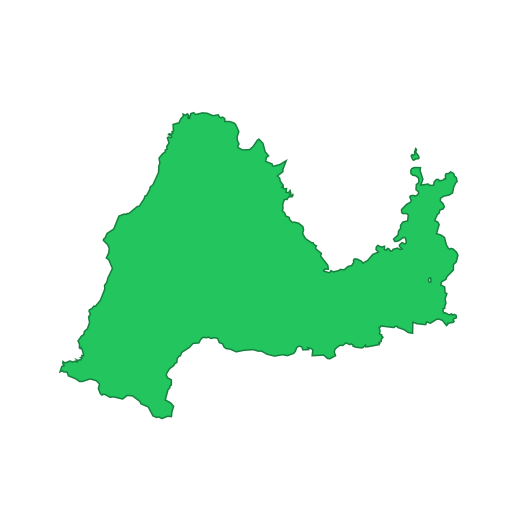 the district of Gowa, Sulawesi Selatan, Indonesia, rotated 173°
{"feature_id": "22746128B57887954309635", "entity_name": "Gowa", "entity_type": "district", "adm_level": 2, "iso_a3": "IDN", "parent_name": "Indonesia", "parent_adm1": "Sulawesi Selatan", "projection": "mercator", "projection_center": [119.648, -5.33], "detail": "fine", "context": "isolated", "style": "filled", "palette": "green", "viewbox_px": 512, "rotation_deg": 173, "n_neighbors": 0, "source": "geoboundaries", "source_scale": "gbopen_adm2", "svg_char_len": 6045}
<svg xmlns="http://www.w3.org/2000/svg" viewBox="0 0 512 512"><g transform="rotate(173 256 256)"><path d="M404.8,272.3L402.6,270.3L400.0,261.1L405.5,252.6L407.5,247.7L409.9,245.4L410.1,241.6L415.8,231.1L421.4,225.7L423.1,226.0L425.2,223.9L428.1,222.7L428.4,221.3L427.4,218.6L429.6,215.9L429.3,210.2L432.2,204.3L435.6,202.0L436.5,199.0L439.0,197.8L443.0,193.3L441.9,190.1L442.5,186.4L441.9,185.7L440.8,186.4L440.8,185.2L440.0,184.9L439.1,178.2L441.0,178.5L441.0,177.0L442.5,176.5L441.4,175.6L442.5,174.2L444.1,174.5L445.1,173.7L446.8,174.8L446.0,173.2L446.7,172.5L448.3,173.7L450.8,173.0L453.4,174.5L458.6,173.1L460.4,174.8L460.9,172.9L459.8,170.5L462.2,170.1L464.6,164.9L462.5,165.6L461.0,164.4L457.6,163.7L456.8,159.9L450.0,156.2L446.4,152.9L443.8,152.6L435.5,154.2L429.7,151.7L426.9,148.1L428.6,143.6L427.2,138.2L425.8,136.7L425.2,137.3L422.7,137.0L418.2,133.6L414.6,133.6L405.8,130.3L400.8,133.3L395.6,132.2L389.0,125.9L388.2,123.3L381.3,119.3L377.8,109.9L374.4,107.9L372.2,108.1L369.2,106.1L363.3,107.7L359.5,106.9L358.5,111.5L356.1,116.8L358.7,120.7L363.6,124.2L359.8,133.7L357.5,135.9L357.5,137.4L355.7,138.3L355.1,143.4L358.6,145.9L359.5,148.5L359.0,150.4L355.6,154.6L351.1,157.2L349.5,159.3L347.6,159.9L346.7,163.9L344.3,166.2L343.2,166.1L341.6,169.3L333.1,173.5L329.2,176.9L323.3,176.7L321.0,180.0L318.6,181.7L315.0,180.9L313.2,181.3L310.7,179.6L307.3,180.0L304.2,178.9L302.9,174.4L299.9,173.0L298.8,169.6L296.9,167.7L292.7,166.6L287.3,163.3L279.3,163.9L270.1,163.4L265.7,161.4L262.0,160.9L257.1,157.2L249.8,154.4L241.8,154.8L237.0,153.3L230.6,154.7L228.6,156.5L226.6,160.4L224.0,161.3L221.6,160.1L220.9,157.1L215.1,156.7L215.8,158.7L212.3,157.3L211.1,155.6L212.4,150.2L200.8,149.4L197.6,145.6L195.3,145.0L189.2,147.4L190.0,151.1L189.1,153.6L187.3,155.1L183.5,157.2L180.8,156.6L177.3,158.8L173.7,156.6L172.2,157.2L170.3,155.6L170.7,154.8L168.0,153.3L162.4,151.9L161.0,152.1L158.2,154.2L158.3,152.5L156.1,152.3L144.6,153.0L144.7,154.0L143.9,154.3L144.4,155.2L142.1,156.0L141.9,157.8L139.9,159.9L141.2,161.3L140.9,162.4L142.9,163.6L142.0,166.5L142.5,170.1L141.3,170.3L140.7,171.4L128.0,168.2L126.0,169.2L124.3,168.9L124.0,167.8L117.7,164.7L114.2,161.5L110.0,160.2L108.4,171.2L104.5,169.2L96.0,167.2L94.7,169.8L91.2,168.0L84.8,171.0L82.5,171.2L78.8,169.4L75.4,163.7L74.0,164.8L74.1,165.8L68.2,166.1L67.4,166.9L68.0,168.6L67.5,169.5L64.6,170.3L64.6,172.7L66.4,173.9L68.2,173.3L68.9,174.7L71.7,174.1L74.9,176.5L76.3,176.5L77.0,177.7L76.9,180.8L75.1,181.0L74.9,183.1L73.3,185.7L73.5,190.5L71.1,195.4L72.8,196.5L72.5,202.2L76.1,204.8L74.9,207.8L70.3,209.7L69.1,212.2L61.8,218.0L61.1,223.4L58.0,225.7L55.5,232.1L56.5,235.3L59.5,238.9L61.5,239.8L63.1,239.1L64.4,240.7L65.7,243.8L66.7,251.4L69.6,254.1L74.1,256.2L70.4,264.8L71.4,267.5L74.3,269.5L70.8,275.3L69.2,276.0L67.8,279.3L64.7,279.8L63.1,281.8L63.9,285.1L66.4,288.2L65.8,290.8L62.4,292.5L56.7,293.0L53.2,294.7L51.4,300.3L48.8,304.4L47.4,305.3L47.6,309.4L49.2,310.9L49.8,313.8L52.7,315.8L54.9,314.3L57.2,314.6L58.2,313.1L58.4,309.5L59.7,309.7L60.7,308.5L65.0,308.3L65.5,309.7L67.6,310.0L70.0,308.0L71.1,304.6L75.0,304.9L76.4,306.5L83.8,306.2L81.0,311.8L82.7,320.6L82.0,323.7L88.2,324.5L90.7,323.8L91.9,322.2L92.2,319.1L90.7,317.1L87.9,316.3L85.3,313.9L85.1,310.3L86.2,308.4L88.1,307.5L89.1,302.4L87.1,300.1L86.9,298.4L88.5,296.8L90.7,296.0L92.4,297.0L95.3,296.9L96.2,295.9L95.1,292.1L96.3,290.4L99.9,289.1L105.9,284.4L106.1,281.6L105.3,280.3L100.9,279.6L99.9,278.0L101.2,272.4L106.3,271.7L108.8,268.7L109.1,265.8L111.4,263.5L112.5,259.5L117.4,256.0L116.6,253.7L114.9,253.3L111.7,254.0L107.8,256.4L105.5,255.8L105.1,251.3L106.0,250.1L107.2,250.0L109.4,251.5L112.3,249.5L112.4,248.1L110.2,245.2L112.1,244.8L114.5,246.6L119.2,245.9L119.8,244.7L121.8,244.4L123.4,247.1L124.7,247.5L125.7,245.9L127.8,246.9L127.3,250.0L130.4,249.5L133.9,251.7L135.5,250.2L136.1,247.7L134.0,245.0L140.0,243.3L145.6,238.0L150.7,235.9L152.1,238.1L156.2,240.7L158.7,241.1L159.8,239.8L159.7,237.9L162.4,234.7L165.8,234.5L170.2,231.5L173.8,232.4L175.9,231.4L181.3,230.8L183.3,232.4L185.0,230.5L186.3,230.8L190.8,233.0L189.2,234.7L185.8,234.1L185.9,238.1L191.9,248.0L190.8,250.6L195.5,255.5L196.0,257.1L194.8,258.7L196.9,260.1L197.8,262.2L199.1,262.3L204.6,267.0L206.4,271.0L206.9,272.9L205.6,276.2L205.9,279.4L209.6,283.3L214.0,285.0L215.6,284.8L218.0,287.5L218.4,290.3L221.6,292.1L222.2,295.1L224.3,297.7L223.4,299.9L223.2,304.1L220.8,308.7L218.3,308.3L216.5,310.7L212.9,310.4L212.0,311.7L212.0,312.6L213.1,312.1L215.1,312.6L213.8,314.2L214.2,316.8L216.0,314.9L218.4,315.6L217.5,319.2L219.3,319.0L221.8,321.2L220.6,321.4L220.4,322.9L222.9,327.4L223.0,330.5L225.1,332.8L219.1,336.3L218.7,338.8L214.4,346.9L221.1,343.9L227.1,343.0L228.4,343.3L228.9,345.5L234.9,348.7L233.7,352.6L231.3,353.8L234.2,358.3L235.4,367.0L238.9,371.6L240.5,370.8L245.4,365.1L249.3,362.4L256.2,362.8L260.6,365.7L260.7,367.4L259.2,369.2L260.4,372.9L260.3,376.4L257.9,381.5L260.3,389.2L261.6,390.7L265.9,392.7L270.7,393.4L270.2,395.8L270.8,396.7L272.2,397.9L273.8,397.6L275.5,398.4L276.1,400.7L281.6,400.5L287.0,403.6L291.6,404.6L298.7,403.8L300.4,405.9L303.4,405.3L304.0,403.3L305.3,402.5L305.0,400.8L306.1,400.7L306.8,401.2L305.8,403.9L306.4,405.1L307.1,405.5L308.4,404.2L311.1,405.7L311.2,403.4L313.8,401.5L316.2,397.6L322.3,396.7L322.7,390.1L324.3,389.5L323.7,387.9L324.9,387.2L327.3,387.9L328.1,387.1L325.6,385.9L325.2,384.3L326.0,383.8L328.1,384.8L329.6,384.2L328.5,378.8L331.3,375.6L331.0,373.1L333.2,372.2L333.3,370.4L336.2,368.9L340.3,365.0L340.1,359.8L341.4,357.3L342.6,350.6L349.7,339.1L352.6,337.4L353.2,335.3L357.1,329.5L358.8,329.1L360.0,326.5L365.7,319.7L367.9,319.5L376.9,313.7L379.0,313.8L379.7,313.1L381.7,313.7L387.2,312.3L393.9,300.1L401.0,296.6L403.8,292.0L405.2,291.4L405.6,290.1L401.9,285.4L400.7,281.5L401.8,277.0L404.8,272.3ZM86.0,213.2L85.2,212.7L85.4,209.1L87.3,208.8L87.8,211.6L86.0,213.2ZM88.7,332.6L87.7,331.8L85.7,332.9L82.9,332.8L82.2,333.6L82.5,335.5L84.9,339.6L83.7,342.1L84.4,343.1L85.9,340.0L86.2,337.3L87.8,336.9L88.8,337.6L89.8,336.4L88.7,332.6Z" fill="#22c55e" stroke="#15803d" stroke-width="1.5"/></g></svg>